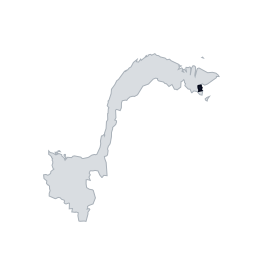 Hon Dat, Kiên Giang, Vietnam (highlighted), rotated 233°
{"feature_id": "81297802B18356226761800", "entity_name": "Hon Dat", "entity_type": "district", "adm_level": 2, "iso_a3": "VNM", "parent_name": "Vietnam", "parent_adm1": "Kiên Giang", "projection": "mercator", "projection_center": [104.972, 10.238], "detail": "fine", "context": "in_parent", "style": "filled", "palette": "ink", "viewbox_px": 256, "rotation_deg": 233, "n_neighbors": 0, "source": "geoboundaries", "source_scale": "gbopen_adm2", "svg_char_len": 4740}
<svg xmlns="http://www.w3.org/2000/svg" viewBox="0 0 256 256"><g transform="rotate(233 128 128)"><path d="M157.5,50.9L155.3,51.1L153.0,53.0L149.9,54.2L149.1,57.5L146.6,59.0L145.4,58.3L142.8,59.0L140.1,58.3L141.0,62.1L138.3,65.1L138.6,67.1L137.9,68.5L133.1,72.8L131.7,72.9L130.7,73.6L128.4,78.6L128.1,82.8L127.1,85.2L126.0,86.2L125.8,87.5L129.4,94.1L131.8,96.7L134.1,98.1L137.6,102.0L137.1,103.0L137.3,105.2L135.7,104.5L135.9,104.8L137.9,106.0L140.8,110.2L146.0,114.6L146.8,116.8L151.8,120.4L151.7,120.9L155.2,123.8L155.6,124.9L158.3,124.8L160.7,128.1L161.5,128.2L161.7,129.6L165.6,135.2L168.9,138.1L170.5,143.4L172.5,147.4L172.5,149.7L175.4,159.3L175.2,160.6L174.7,159.4L174.7,163.0L175.2,165.0L175.0,167.3L177.1,171.8L177.3,176.7L175.9,174.6L174.3,176.1L175.4,179.6L174.1,179.3L174.2,184.0L174.8,185.7L174.7,186.3L174.0,185.0L173.5,187.3L174.0,188.8L173.1,190.5L171.9,190.6L171.2,194.2L168.9,194.5L167.3,196.0L165.3,196.6L161.5,199.7L159.1,200.2L157.9,202.6L155.8,202.9L147.9,207.0L147.0,206.0L145.6,205.7L144.5,203.4L143.7,207.0L143.0,207.3L141.8,206.6L140.7,205.2L139.1,206.1L140.9,206.4L141.4,207.3L141.1,208.4L137.1,208.4L140.7,209.9L141.5,210.9L139.8,212.6L139.7,213.9L138.9,214.4L136.9,213.3L132.7,209.5L137.7,214.9L138.6,217.4L137.4,218.5L136.0,218.6L133.6,216.9L129.9,213.0L128.6,212.5L133.0,218.1L133.7,219.3L133.2,220.8L124.2,224.9L121.7,228.9L118.9,231.2L115.9,231.9L114.3,231.7L116.0,229.6L115.0,228.9L115.3,217.9L116.1,215.0L118.6,213.9L118.7,213.3L117.8,211.6L115.7,210.9L114.7,209.7L112.9,210.2L109.7,206.9L111.5,205.4L115.4,205.2L118.0,202.9L117.7,200.3L118.0,200.0L121.6,200.9L122.9,199.5L127.6,198.9L128.9,200.7L130.0,200.4L132.2,201.6L133.1,201.6L132.7,199.9L133.1,198.3L128.9,194.7L128.9,190.1L129.9,189.8L131.0,188.4L136.3,189.3L136.5,185.7L140.3,185.3L141.2,184.3L143.4,184.0L147.2,180.8L148.8,180.6L149.7,181.4L151.2,180.0L151.9,177.6L150.8,170.8L152.5,165.1L148.8,155.6L149.3,152.2L150.4,151.1L151.6,148.3L151.4,145.2L150.8,143.7L151.9,142.6L153.2,139.8L152.0,137.9L148.1,134.8L146.6,132.2L149.7,130.1L149.7,128.8L143.4,124.5L142.4,122.2L140.9,123.1L139.7,122.5L138.2,120.3L137.7,116.0L136.6,115.3L134.5,112.3L131.0,109.5L126.7,104.9L125.9,103.6L125.3,101.4L123.6,99.0L121.9,98.5L118.9,95.5L118.6,94.2L119.4,92.0L117.3,90.9L113.6,89.8L102.5,82.6L104.8,80.1L104.1,77.8L104.3,77.3L107.4,77.2L111.8,78.2L113.9,76.2L114.9,74.1L116.4,72.4L116.4,71.5L115.3,69.8L113.3,69.7L112.3,67.3L108.9,66.3L111.1,64.7L111.8,63.4L108.6,60.9L105.3,59.1L102.3,60.3L100.1,62.4L99.0,62.7L91.8,59.9L88.4,54.4L89.7,50.0L89.7,48.4L88.3,47.7L87.9,46.6L86.9,48.5L85.9,48.5L84.8,45.2L83.5,44.4L78.7,38.3L80.1,37.0L82.4,33.5L83.3,32.8L88.1,35.2L90.2,37.3L92.3,35.9L92.3,35.2L94.8,32.6L97.1,35.2L98.8,32.4L103.1,35.9L103.8,35.3L104.6,32.8L105.8,32.1L106.8,32.0L107.9,33.4L108.9,33.5L111.0,32.1L113.2,31.8L114.6,30.5L115.1,27.7L115.6,27.2L121.1,24.1L123.3,25.8L124.8,28.1L126.7,28.8L128.8,30.3L130.4,30.1L130.9,29.6L132.9,29.6L134.6,31.3L138.2,30.5L141.4,32.4L140.3,34.5L138.7,35.4L138.3,36.5L138.3,38.8L139.7,40.3L139.8,44.1L140.7,43.8L144.0,44.9L145.2,46.8L146.8,47.9L148.0,48.0L149.1,49.5L150.2,49.0L150.7,49.6L153.0,49.4L154.6,48.8L157.5,50.9ZM104.8,207.1L104.9,209.4L104.2,212.1L103.3,209.2L101.9,207.4L103.7,206.7L104.8,207.1ZM152.5,55.2L150.6,57.0L149.8,56.9L150.8,54.4L152.5,55.2ZM144.8,61.9L144.2,62.0L143.2,60.8L143.7,60.2L145.0,60.6L145.2,61.2L144.8,61.9ZM151.4,59.4L150.6,59.7L149.8,59.7L151.8,57.8L151.4,59.4ZM141.6,59.3L142.4,61.2L141.3,60.3L141.6,59.3ZM147.0,206.4L145.5,207.9L145.4,207.2L147.0,206.4ZM139.7,230.3L138.5,230.3L139.8,229.4L139.7,230.3Z" fill="#d9dde1" stroke="#a8b0b8" stroke-width="1"/><path d="M114.6,207.0L114.4,207.5L114.2,207.9L114.1,208.2L114.0,208.3L113.9,208.5L113.6,209.1L113.5,209.3L113.4,209.6L113.5,209.6L113.7,209.4L113.8,209.4L114.0,209.4L114.2,209.5L114.3,209.5L114.5,209.6L114.4,209.6L114.5,209.6L114.7,209.8L114.8,209.8L114.9,210.0L115.0,210.0L115.1,210.3L115.3,210.5L115.4,210.8L115.5,210.8L115.6,211.0L115.8,211.2L115.8,211.3L116.0,211.3L116.3,211.3L116.5,211.2L116.8,211.2L117.0,211.2L117.3,211.2L117.4,211.3L117.5,211.4L117.6,211.5L117.8,211.6L117.9,211.8L118.0,211.9L118.1,212.0L118.3,211.9L118.5,211.8L118.5,211.7L118.4,211.7L118.5,211.6L118.5,211.4L118.6,211.2L118.7,210.9L118.8,211.0L118.9,210.9L119.0,210.7L119.1,210.4L119.2,210.2L119.3,210.1L119.3,209.9L119.5,209.6L119.5,209.4L119.4,209.3L119.3,209.2L119.2,209.2L118.9,208.9L118.7,208.8L118.6,208.7L118.4,208.6L118.2,208.5L118.1,208.4L117.9,208.3L117.8,208.2L117.7,208.2L117.4,208.1L117.2,208.0L116.9,208.0L116.8,207.9L116.7,207.9L116.3,207.8L116.2,207.8L116.0,207.7L115.9,207.7L115.6,207.7L115.4,207.4L115.2,207.2L115.1,206.9L115.0,206.7L114.8,206.5L114.7,206.7L114.6,207.0Z" fill="#0f172a" stroke="#020617" stroke-width="1.5"/></g></svg>